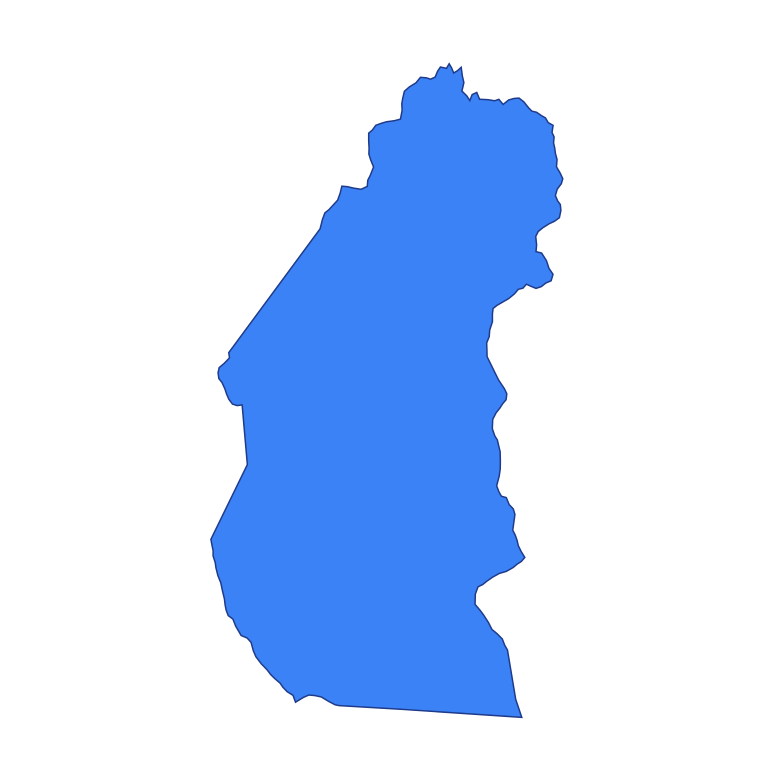 the district of Palmeiras, Bahia, Brazil, rotated 5°
{"feature_id": "56859067B40593340252607", "entity_name": "Palmeiras", "entity_type": "district", "adm_level": 2, "iso_a3": "BRA", "parent_name": "Brazil", "parent_adm1": "Bahia", "projection": "equal_earth", "projection_center": [-41.531, -12.534], "detail": "fine", "context": "isolated", "style": "filled", "palette": "blue", "viewbox_px": 768, "rotation_deg": 5, "n_neighbors": 0, "source": "geoboundaries", "source_scale": "gbopen_adm2", "svg_char_len": 2751}
<svg xmlns="http://www.w3.org/2000/svg" viewBox="0 0 768 768"><g transform="rotate(5 384 384)"><path d="M323.6,708.7L331.1,703.2L336.2,700.4L342.1,700.4L348.8,701.2L356.5,705.0L363.2,707.8L367.3,708.3L398.9,707.4L424.0,706.7L550.3,704.1L542.7,686.7L530.2,638.3L527.0,633.7L524.1,627.7L518.4,622.9L512.9,619.1L508.9,612.6L503.4,605.5L499.4,601.0L493.9,595.6L493.3,585.3L495.3,577.9L500.0,575.0L503.7,571.4L509.1,566.9L515.3,562.7L522.2,560.0L528.7,555.5L532.4,551.8L536.2,548.9L539.4,544.5L535.3,539.0L531.9,533.4L530.1,527.9L527.9,523.1L525.0,518.4L525.8,502.6L523.7,497.2L519.2,493.2L515.7,486.5L510.8,485.6L508.0,481.6L505.1,475.6L506.8,465.7L507.2,458.4L506.6,450.2L505.6,441.3L503.7,435.7L501.8,429.9L498.8,425.9L495.8,419.0L495.4,409.7L498.2,402.9L501.4,398.1L504.0,393.2L507.0,389.0L507.2,383.1L504.5,378.4L497.7,369.9L484.3,347.8L483.6,341.3L482.7,334.2L484.7,327.6L484.6,321.1L486.6,312.5L485.9,304.7L486.1,299.2L489.7,295.8L495.4,291.8L500.7,288.1L506.2,282.7L509.6,277.9L514.0,276.5L517.2,272.2L522.0,273.9L527.1,275.5L532.2,273.3L536.4,269.3L541.5,266.6L542.8,260.0L538.2,254.3L535.1,247.0L529.6,239.8L523.9,238.9L523.9,232.1L522.3,223.8L524.3,218.7L528.6,214.5L534.2,210.2L539.8,206.9L544.2,203.1L545.1,195.8L544.0,189.8L541.1,186.6L538.3,181.3L539.6,174.8L543.2,169.0L544.2,163.9L541.1,158.5L536.9,152.6L536.8,145.2L534.7,139.5L533.5,134.0L531.9,129.0L531.9,123.0L529.5,118.9L529.9,111.6L524.8,109.3L521.6,104.8L517.2,102.8L512.3,100.0L507.5,99.3L503.9,96.2L498.8,90.8L493.6,87.4L488.7,88.2L483.4,90.2L478.3,95.1L473.6,90.4L469.6,92.2L462.9,91.7L454.4,92.0L451.0,85.5L446.6,88.0L444.8,94.2L441.3,89.7L436.1,85.4L437.3,76.8L435.2,70.3L433.3,61.8L429.9,65.5L426.3,68.1L423.8,63.2L421.0,59.3L418.7,64.1L412.6,63.3L410.1,67.8L408.2,73.8L403.8,76.3L399.5,75.3L393.6,75.3L389.6,81.2L383.5,85.7L378.8,90.6L377.8,97.4L377.3,103.3L378.2,109.8L377.3,118.7L371.7,120.7L367.9,121.6L363.8,122.5L358.9,124.4L353.3,127.0L350.3,132.0L346.9,135.4L347.5,142.6L348.6,150.6L348.9,156.3L351.2,161.9L354.7,168.7L352.2,177.2L350.1,182.4L350.1,188.6L344.2,192.0L336.4,191.5L330.3,190.6L324.8,190.6L323.7,197.7L321.8,204.9L317.9,210.0L313.8,215.3L310.2,218.7L308.3,225.6L306.8,235.0L226.6,366.3L227.8,371.4L223.0,377.4L218.4,382.0L217.7,387.3L219.0,393.0L222.5,396.7L225.9,402.7L228.1,407.8L230.8,412.8L234.8,417.2L239.6,418.3L244.5,417.2L254.9,476.2L225.1,553.8L226.8,560.0L228.3,564.9L228.7,570.1L231.4,576.5L232.6,581.7L235.2,589.3L238.7,596.2L241.1,604.1L243.7,611.8L245.0,618.0L246.4,622.9L249.0,628.3L254.0,631.4L257.4,638.2L263.6,647.0L269.8,649.0L274.1,653.0L277.1,661.2L280.2,666.9L286.1,673.4L292.1,678.6L296.7,683.6L301.4,687.4L306.6,691.1L309.7,694.9L314.4,699.0L320.5,702.1L323.6,708.7Z" fill="#3b82f6" stroke="#1e3a8a" stroke-width="1.5"/></g></svg>